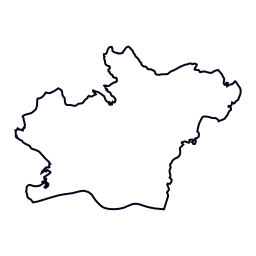 outline of Sichevita, Caras-Severin, Romania
{"feature_id": "2599482B13579040818065", "entity_name": "Sichevita", "entity_type": "district", "adm_level": 2, "iso_a3": "ROU", "parent_name": "Romania", "parent_adm1": "Caras-Severin", "projection": "natural_earth1", "projection_center": [21.828, 44.711], "detail": "fine", "context": "isolated", "style": "outline", "palette": "ink", "viewbox_px": 256, "rotation_deg": 0, "n_neighbors": 0, "source": "geoboundaries", "source_scale": "gbopen_adm2", "svg_char_len": 5709}
<svg xmlns="http://www.w3.org/2000/svg" viewBox="0 0 256 256"><path d="M33.0,202.4L37.8,201.5L49.8,197.8L58.2,195.4L61.6,194.7L72.7,193.1L79.7,191.3L83.1,190.8L85.1,191.0L88.6,192.2L89.6,192.9L91.8,194.7L95.3,200.0L98.3,203.3L100.8,205.7L102.6,207.0L105.3,208.2L109.4,209.0L111.5,209.1L114.9,209.2L119.0,208.8L123.6,207.8L131.1,204.6L132.7,204.1L134.9,203.8L136.8,203.8L140.0,204.5L145.6,206.4L150.4,207.6L154.6,208.4L164.0,209.3L168.0,196.4L168.0,194.7L167.0,192.6L167.3,191.8L168.4,190.6L168.9,189.5L168.9,188.7L167.2,184.5L167.6,183.6L168.8,183.8L170.0,183.8L171.2,182.0L171.7,180.1L171.2,179.0L169.6,177.7L170.4,176.0L170.4,175.1L169.6,172.3L169.6,170.0L170.7,167.4L170.1,165.2L170.3,163.9L171.0,163.5L171.5,162.9L172.0,161.5L172.5,160.6L174.9,158.6L177.6,157.4L178.9,156.3L180.1,154.0L180.3,151.9L180.0,150.2L179.8,148.5L180.4,147.5L183.3,144.6L182.0,143.3L181.8,142.3L184.5,141.5L185.7,141.5L187.5,142.4L188.8,142.7L189.5,142.3L189.5,139.9L192.2,139.5L193.4,140.2L193.4,141.0L192.0,142.0L193.4,144.0L194.8,144.0L195.3,143.2L195.4,142.3L195.8,141.4L195.8,140.7L194.9,139.2L195.3,138.4L197.1,138.0L198.5,136.9L198.7,136.5L198.9,135.0L198.8,133.6L198.6,132.7L197.9,132.1L197.3,131.4L197.7,129.3L198.8,124.5L199.6,122.6L201.4,118.9L202.4,117.1L202.7,117.0L203.6,116.6L205.0,116.4L208.9,117.0L212.6,118.1L215.0,118.0L216.3,118.5L217.4,119.2L218.1,119.9L218.3,120.6L218.8,121.3L220.0,120.6L222.9,119.6L224.7,118.6L227.5,114.9L228.3,112.9L229.4,111.0L231.0,109.7L230.9,107.9L230.2,107.2L229.3,107.1L228.5,106.8L228.4,106.4L228.6,106.0L228.8,105.8L229.9,106.2L230.6,106.0L231.2,105.5L231.6,104.8L232.1,102.4L233.6,103.5L234.5,103.3L235.7,101.5L238.4,99.5L238.7,98.0L239.5,96.4L240.4,93.9L240.6,91.9L240.6,89.4L239.6,87.3L236.3,82.7L235.5,81.4L234.6,81.5L233.4,83.2L232.1,84.2L228.7,84.9L227.7,86.0L227.1,86.3L226.8,84.7L227.6,82.9L226.5,82.7L225.0,84.9L224.4,84.5L223.8,83.6L223.6,82.6L224.0,81.3L224.2,78.6L222.9,76.5L221.9,74.3L218.2,70.0L215.5,70.6L214.4,71.1L211.9,72.7L210.6,72.9L207.7,72.4L204.9,71.5L202.7,71.6L200.2,72.2L199.5,71.6L199.3,70.5L198.4,70.1L195.1,69.8L194.5,69.1L196.6,65.3L196.8,64.5L196.0,64.2L195.4,63.7L194.2,63.5L193.3,64.0L192.1,64.2L190.7,63.4L190.0,63.4L186.0,64.7L185.2,64.6L180.0,66.9L174.4,70.0L170.8,71.5L167.6,74.0L166.9,74.2L161.9,74.3L159.3,74.8L156.5,74.6L155.5,73.8L154.8,71.6L154.0,70.6L153.2,70.4L152.7,70.4L151.9,69.9L151.6,69.5L150.5,69.2L149.2,69.4L147.8,69.1L147.4,68.7L147.4,68.2L145.9,66.8L145.1,66.4L143.9,66.6L142.4,65.6L141.8,64.7L141.2,64.1L141.3,63.1L140.6,62.5L137.9,58.5L135.7,56.5L134.9,54.8L133.5,52.8L132.9,51.2L129.9,47.7L128.6,46.7L127.2,46.9L126.3,47.5L124.7,49.6L124.3,50.3L123.1,51.6L122.9,51.9L123.0,52.3L122.9,52.6L122.4,53.0L120.3,53.5L119.5,53.4L118.4,53.6L117.9,53.1L116.8,53.0L114.2,52.2L112.8,51.2L112.5,51.0L112.4,50.2L112.4,48.7L112.2,48.4L111.8,47.0L111.5,46.9L109.5,47.2L109.0,47.6L108.1,49.0L107.6,49.9L107.4,51.1L106.2,53.8L104.9,54.2L104.1,54.0L103.8,54.9L103.9,56.0L104.3,56.6L104.6,56.8L104.1,57.8L104.2,59.0L104.4,59.9L105.0,60.5L105.1,62.9L105.3,63.8L106.1,64.9L108.0,65.9L109.1,66.3L109.5,66.3L109.6,66.6L109.5,67.0L109.9,67.4L109.5,68.9L108.4,69.6L108.5,71.2L108.7,71.6L109.7,72.1L109.8,72.7L110.2,73.5L111.4,74.7L111.7,74.8L112.0,74.7L112.6,75.4L112.9,76.9L113.4,77.3L113.7,77.2L114.2,77.6L114.5,77.6L114.9,77.8L115.5,77.9L116.0,77.7L116.4,78.1L116.8,78.9L116.7,79.6L117.0,80.9L116.5,81.3L116.2,81.9L114.9,82.2L114.6,82.5L113.9,82.5L112.6,83.3L111.8,84.0L110.9,84.2L109.8,85.4L108.1,86.1L106.6,85.9L105.3,85.4L104.2,85.7L105.4,87.1L105.7,88.7L107.1,89.3L107.3,89.8L106.7,90.3L108.2,91.6L109.2,92.1L110.3,92.8L111.4,95.4L111.8,95.9L113.3,96.4L114.1,97.5L115.0,98.4L115.6,99.7L114.9,101.8L115.0,102.1L114.4,102.4L112.8,102.4L112.6,102.0L112.1,102.8L112.0,103.5L112.0,104.1L111.7,104.0L111.3,103.3L110.8,102.8L109.9,102.4L110.0,103.5L110.2,104.2L110.8,104.7L110.4,104.8L109.4,104.5L109.1,103.6L107.9,101.9L106.8,101.4L106.0,100.7L105.0,98.6L104.3,96.4L100.3,93.4L98.5,92.3L96.8,91.7L95.1,91.4L94.2,90.7L93.2,90.4L93.1,91.4L95.4,93.7L95.9,94.4L94.3,95.0L92.5,96.2L90.9,96.6L89.9,96.3L89.0,95.8L87.7,96.9L87.6,97.9L85.2,99.7L83.9,101.3L83.1,102.6L82.3,103.2L80.8,103.5L78.8,103.7L78.0,104.0L77.2,104.7L76.2,105.4L74.4,105.9L71.1,105.1L66.9,105.0L65.7,104.2L65.0,102.1L64.5,97.6L63.3,96.7L62.6,95.2L62.2,93.5L61.9,91.0L61.2,90.1L59.2,88.8L58.2,88.3L57.2,89.1L54.0,91.2L50.2,93.0L48.2,93.1L45.8,92.5L44.7,94.2L43.5,95.8L41.3,97.6L39.3,98.4L37.8,98.5L37.3,99.2L37.0,105.7L36.0,109.0L33.7,111.3L31.5,113.0L25.7,114.6L23.3,115.6L22.6,116.5L23.5,118.2L23.7,119.3L23.8,120.5L24.4,121.9L24.6,123.6L25.0,125.2L24.8,125.9L23.9,127.5L24.5,127.8L23.9,128.5L22.7,129.2L22.9,130.4L22.2,130.5L21.6,129.7L19.1,129.6L18.5,128.9L17.7,128.3L16.6,130.2L15.4,130.4L15.8,131.6L15.7,131.8L15.9,134.8L15.8,135.4L15.8,136.2L16.1,136.8L16.8,136.5L16.8,137.8L17.7,138.1L19.3,139.5L22.0,140.7L22.8,142.1L25.0,143.6L29.7,145.9L30.6,147.6L32.1,148.9L35.2,149.8L38.0,151.0L39.5,152.0L45.4,158.6L48.9,161.9L50.2,164.0L49.2,164.3L49.2,166.0L49.5,166.5L49.5,167.0L48.7,167.6L47.6,167.2L46.2,167.4L44.5,168.9L41.9,171.8L41.6,173.0L43.9,171.4L45.0,171.0L46.3,171.4L46.7,170.6L46.4,169.5L50.5,172.1L50.3,172.8L48.5,174.3L44.2,177.0L44.3,178.7L44.9,179.7L45.4,178.3L46.1,178.5L46.2,179.3L45.8,179.9L45.7,181.1L46.4,182.4L48.2,183.6L48.4,184.6L48.0,185.9L46.5,187.4L45.6,187.8L44.7,187.5L44.5,187.2L45.6,186.4L46.1,185.9L46.5,185.0L46.0,185.1L45.6,184.8L45.7,182.8L44.2,182.7L43.9,181.7L43.2,181.3L42.3,181.9L42.7,182.6L42.9,183.4L41.3,184.7L39.4,185.7L35.7,186.3L33.7,186.1L30.0,184.9L28.6,185.1L27.1,186.4L26.7,187.0L26.6,187.8L26.6,189.5L26.1,191.4L27.0,194.1L27.3,195.6L27.4,197.0L29.4,198.9L30.7,199.3L33.0,202.4Z" fill="none" stroke="#020617" stroke-width="2"/></svg>